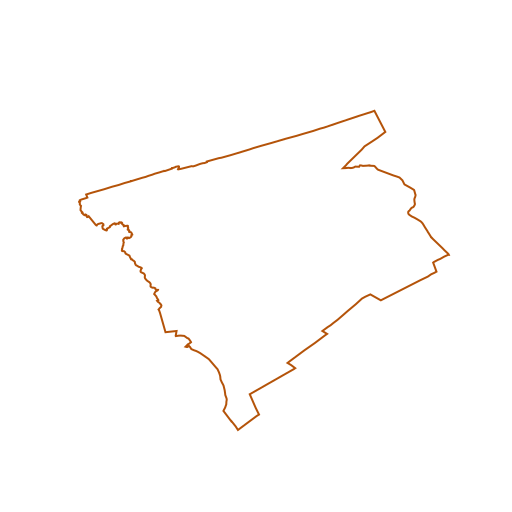 Roata De Jos, Giurgiu, Romania, rotated 196°
{"feature_id": "2599482B53285943705449", "entity_name": "Roata De Jos", "entity_type": "district", "adm_level": 2, "iso_a3": "ROU", "parent_name": "Romania", "parent_adm1": "Giurgiu", "projection": "equal_earth", "projection_center": [25.541, 44.417], "detail": "fine", "context": "isolated", "style": "outline", "palette": "amber", "viewbox_px": 512, "rotation_deg": 196, "n_neighbors": 0, "source": "geoboundaries", "source_scale": "gbopen_adm2", "svg_char_len": 6016}
<svg xmlns="http://www.w3.org/2000/svg" viewBox="0 0 512 512"><g transform="rotate(196 256 256)"><path d="M71.3,310.7L72.2,311.3L76.5,313.5L78.7,314.8L83.6,317.4L92.3,322.0L92.2,322.1L93.2,322.7L96.5,325.7L97.4,326.4L97.9,327.0L102.0,330.6L103.0,331.6L104.9,333.3L106.5,334.3L107.4,334.7L111.0,335.7L114.3,336.5L117.0,336.9L119.8,337.8L120.7,338.2L121.4,339.0L121.6,339.5L121.8,340.1L121.8,340.6L121.7,340.9L121.5,341.3L120.9,342.0L120.5,343.4L119.9,344.8L119.5,345.4L118.8,345.9L118.1,346.7L117.7,348.1L117.5,349.2L117.6,349.9L118.1,350.8L118.9,352.6L119.4,354.0L119.5,355.1L119.3,356.4L119.3,357.7L119.4,358.5L119.5,358.8L119.8,359.1L122.0,362.7L122.4,363.1L126.8,364.3L132.9,365.7L133.3,366.0L136.1,369.1L139.7,371.0L142.6,371.2L146.1,371.3L162.5,372.6L163.6,373.1L166.5,374.9L167.0,375.1L167.5,375.1L171.8,374.1L171.9,374.4L172.3,374.3L174.0,373.5L178.0,372.1L180.2,372.0L181.1,371.7L181.5,370.2L185.2,369.3L186.5,368.0L187.8,367.2L189.2,366.6L189.9,366.6L190.5,366.4L191.4,366.3L193.8,365.3L196.5,364.4L194.4,368.2L193.8,369.7L183.7,387.4L181.9,391.3L177.2,396.7L171.8,403.0L165.9,410.9L182.2,428.2L184.8,426.3L195.8,419.0L210.5,408.9L213.7,406.7L226.1,398.1L229.5,396.1L235.6,391.9L245.0,386.0L250.1,382.7L259.6,377.0L272.5,368.8L281.3,363.4L288.4,358.9L291.5,356.7L308.4,345.8L316.4,340.9L317.9,340.2L318.9,339.7L329.3,333.3L329.0,332.7L331.2,331.1L332.6,330.6L334.5,329.5L335.7,328.7L339.0,326.2L341.2,324.8L342.7,324.6L351.8,319.3L354.7,317.8L354.9,317.9L354.5,319.3L354.5,320.3L354.7,320.8L354.9,320.9L355.2,320.9L357.8,319.6L358.1,319.2L358.7,318.7L360.2,317.7L361.1,317.4L361.3,316.7L361.2,316.6L366.9,312.6L367.8,312.5L367.9,312.2L368.1,312.1L368.8,311.8L371.8,309.8L376.0,307.2L378.1,305.6L381.5,303.4L383.9,301.6L386.8,299.9L390.2,297.7L391.3,297.0L395.1,294.5L396.1,293.9L396.4,293.8L396.3,293.7L397.2,293.1L402.5,289.9L407.6,286.4L413.3,283.0L420.4,278.3L431.7,271.3L436.2,268.3L434.2,265.7L435.2,264.9L439.5,262.1L440.8,261.0L440.8,260.8L440.2,260.3L440.1,260.1L440.7,259.7L441.0,259.4L440.9,259.1L439.9,258.4L439.8,258.0L439.7,257.2L438.9,256.4L438.2,256.1L438.0,255.9L438.0,255.0L437.8,254.1L437.6,252.9L437.3,251.7L436.1,250.8L435.7,250.6L435.5,250.0L434.9,250.1L434.7,250.0L434.5,249.5L434.7,249.2L434.0,248.9L433.6,248.5L433.0,248.2L431.6,248.0L431.6,248.4L431.5,248.8L431.1,248.7L430.4,248.8L429.3,247.3L428.7,246.2L428.7,246.7L427.8,248.1L418.6,241.7L417.8,241.4L417.6,241.4L417.5,241.7L417.4,242.1L417.1,242.7L416.2,243.5L415.3,244.0L413.9,244.9L413.1,245.1L412.7,245.0L411.5,244.5L411.2,243.8L411.1,243.5L411.2,243.3L411.8,242.8L411.9,242.2L411.5,241.5L411.4,241.0L411.2,240.6L410.7,240.0L410.5,239.9L408.2,239.4L406.8,239.3L406.6,239.4L406.5,239.6L406.4,240.4L406.6,240.8L406.9,240.9L406.9,241.1L404.6,243.3L404.4,243.6L404.6,244.3L404.5,244.6L403.8,245.3L403.2,246.2L402.1,247.5L401.0,248.4L400.8,248.5L400.2,248.2L400.1,247.7L399.9,247.6L399.5,247.6L399.4,247.7L399.5,248.2L399.3,248.4L398.2,248.9L397.0,249.0L396.9,249.0L396.9,249.3L397.0,250.1L396.8,250.5L396.5,250.8L396.1,250.8L395.6,250.7L395.1,251.2L394.5,251.2L394.0,251.0L393.8,250.8L394.0,250.2L392.7,249.4L392.0,249.4L391.7,249.3L391.4,248.3L391.2,248.1L390.0,248.8L388.1,249.6L387.7,249.7L387.4,249.6L387.3,249.4L387.2,248.4L386.5,247.7L386.5,247.4L386.7,246.4L386.6,246.0L386.4,245.9L386.1,246.0L385.5,245.9L385.1,245.8L384.8,245.5L384.8,244.6L384.6,244.2L384.3,244.1L383.0,244.4L382.3,244.1L381.5,243.3L380.8,242.4L381.1,242.0L381.6,241.6L381.2,240.8L381.3,240.2L381.7,239.5L382.8,238.3L383.2,238.2L383.8,238.5L384.3,238.5L384.4,238.4L384.5,237.7L384.8,237.2L385.1,237.2L385.6,237.9L385.8,238.0L386.2,237.9L387.3,236.9L387.7,236.2L388.1,234.8L387.7,234.2L387.6,233.6L386.8,232.6L386.9,231.8L386.5,229.5L386.6,229.2L386.8,228.8L386.6,226.9L386.8,226.1L386.5,225.4L386.6,224.7L386.3,224.1L386.1,223.9L385.7,223.9L384.4,224.2L384.1,224.2L382.7,223.5L382.2,222.5L381.9,222.3L377.8,221.5L377.5,221.2L377.3,220.8L376.4,219.7L375.5,219.0L375.4,218.6L375.2,218.4L374.9,218.4L374.3,218.6L373.5,218.0L372.2,217.7L370.9,217.0L370.7,216.6L370.5,216.0L370.1,215.3L369.5,214.8L369.3,214.4L368.6,214.0L367.3,213.8L365.9,213.3L364.4,213.3L363.0,213.1L362.5,212.9L362.4,212.8L362.4,212.6L362.8,212.0L362.8,211.1L362.9,210.0L362.8,209.6L362.6,209.1L362.0,208.7L359.1,208.3L358.2,207.7L357.6,207.1L357.3,206.5L357.1,205.0L356.8,204.4L356.3,203.8L354.7,202.7L353.5,202.1L351.2,201.4L350.0,200.6L349.4,199.8L349.4,199.3L349.0,197.7L348.7,197.4L347.7,197.1L346.7,197.0L346.0,197.3L344.6,197.4L344.0,197.1L343.8,197.1L343.4,196.3L342.8,196.0L342.4,196.0L340.9,196.4L340.9,196.2L341.1,195.8L342.5,194.4L342.9,193.8L343.1,193.1L343.4,191.4L340.7,189.7L339.7,188.4L337.8,186.8L337.7,186.6L338.6,185.8L338.4,185.7L338.3,185.3L337.3,184.8L335.9,184.4L334.9,183.6L334.4,183.5L334.2,183.2L333.7,182.9L333.3,182.4L333.3,181.3L333.2,181.0L334.3,179.2L334.6,178.4L334.6,178.1L334.9,177.7L333.9,176.7L332.5,174.7L322.0,157.8L311.7,162.0L311.2,157.1L311.0,156.9L308.4,158.1L307.2,158.5L306.1,158.8L303.0,159.4L302.6,159.3L299.3,158.1L298.2,158.1L297.2,157.4L295.0,155.6L294.7,155.2L296.4,152.9L297.2,152.3L297.8,151.0L298.7,149.4L297.5,149.4L296.9,149.6L295.7,150.9L295.5,151.0L294.3,150.3L292.5,148.7L289.6,148.3L287.4,148.2L285.6,147.9L283.0,147.3L274.4,144.4L272.8,143.8L263.7,137.8L261.8,136.6L259.4,133.8L257.8,131.5L257.2,130.4L256.1,127.6L255.7,127.1L253.9,125.0L252.4,123.5L251.5,122.5L249.1,118.3L247.9,115.6L247.2,113.9L245.0,110.9L244.5,109.7L244.3,107.8L243.7,105.2L243.9,101.8L244.4,99.3L244.6,98.1L234.2,90.3L234.1,90.5L228.6,86.6L225.4,83.8L211.4,102.2L209.4,104.4L214.5,110.0L223.9,121.4L187.6,158.6L188.1,158.4L187.5,159.0L192.1,160.8L196.2,161.9L194.6,164.1L183.3,178.9L175.5,188.5L167.9,198.6L166.2,200.7L171.5,202.2L167.6,207.3L165.2,210.0L163.2,212.9L159.9,217.3L152.5,228.7L146.8,237.1L142.4,244.3L139.7,247.0L135.5,250.6L123.8,247.8L91.4,278.0L85.1,283.6L82.6,286.7L80.0,288.9L78.2,290.7L83.9,298.5L83.4,299.2L80.0,302.5L78.2,303.9L74.9,307.3L71.5,310.2L71.0,310.3L71.3,310.7Z" fill="none" stroke="#b45309" stroke-width="2"/></g></svg>